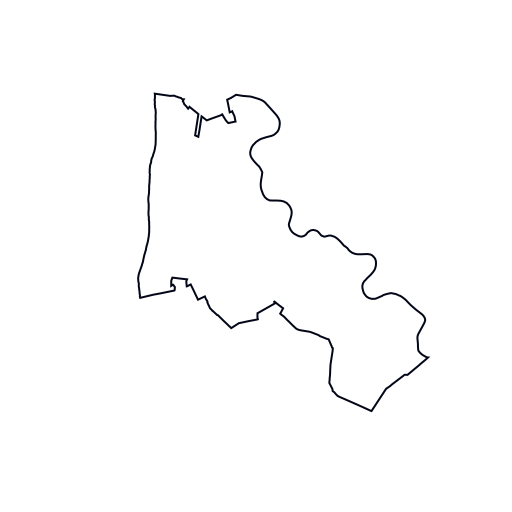 the district of Vārves pag., Ventspils, Latvia, rotated 333°
{"feature_id": "27541924B8081849043776", "entity_name": "Vārves pag.", "entity_type": "district", "adm_level": 2, "iso_a3": "LVA", "parent_name": "Latvia", "parent_adm1": "Ventspils", "projection": "albers", "projection_center": [21.519, 57.283], "detail": "fine", "context": "isolated", "style": "outline", "palette": "ink", "viewbox_px": 512, "rotation_deg": 333, "n_neighbors": 0, "source": "geoboundaries", "source_scale": "gbopen_adm2", "svg_char_len": 6119}
<svg xmlns="http://www.w3.org/2000/svg" viewBox="0 0 512 512"><g transform="rotate(333 256 256)"><path d="M363.2,424.5L362.4,424.0L361.6,423.0L360.2,420.9L359.4,419.6L358.3,416.9L358.0,415.6L357.8,415.0L357.8,414.1L357.9,413.3L359.2,410.2L360.2,408.2L361.4,405.3L362.5,402.5L363.0,401.7L363.4,401.0L363.9,400.4L364.8,399.5L365.6,398.9L372.8,394.0L375.5,392.1L377.0,390.7L377.6,390.0L378.0,389.0L378.2,388.0L378.2,387.0L378.1,385.9L377.9,384.9L377.6,383.8L377.1,382.6L374.1,376.3L373.2,374.1L371.7,370.3L370.7,367.2L369.7,363.8L369.1,362.1L368.2,360.3L367.6,359.0L366.4,357.0L365.5,356.1L363.8,353.9L363.2,353.3L359.7,350.5L358.6,350.1L356.0,349.4L352.4,348.7L351.2,348.7L349.9,348.8L343.9,348.4L342.7,348.2L339.8,346.8L339.0,346.1L337.7,344.9L337.1,344.1L336.6,343.2L336.1,342.3L335.8,341.4L335.6,340.2L335.3,338.0L335.5,336.2L336.0,334.1L336.2,333.2L336.5,332.4L337.2,330.9L338.4,329.4L339.1,328.8L340.7,327.8L341.7,327.4L342.7,327.1L345.0,326.2L350.0,324.7L353.3,323.3L355.3,322.2L356.0,321.6L357.0,320.7L358.5,318.9L359.7,316.9L360.6,314.6L360.8,313.1L360.9,312.4L360.7,311.2L360.3,309.7L360.0,308.7L359.6,307.9L358.8,306.8L357.9,306.0L356.2,304.9L354.8,304.2L350.5,302.2L347.7,300.8L346.3,299.9L345.3,299.1L343.3,297.0L342.7,295.9L342.1,294.8L341.7,293.8L341.4,292.9L341.0,290.6L340.7,289.8L339.9,288.1L339.4,287.3L339.0,286.5L338.1,282.7L337.5,280.6L336.4,277.6L335.7,276.2L334.7,274.5L334.4,274.2L332.0,271.8L331.1,271.3L330.2,270.9L326.3,270.0L325.6,269.7L325.0,269.2L323.6,267.5L323.4,267.0L323.2,266.3L322.7,264.0L322.3,262.6L321.9,261.8L321.4,261.1L321.0,260.6L320.2,259.8L318.7,258.7L317.1,258.2L316.5,258.1L315.0,258.1L313.1,258.4L312.2,258.7L310.0,259.7L309.3,259.8L308.0,259.9L307.1,259.8L305.7,259.5L304.4,258.8L304.0,258.5L303.0,257.5L302.1,256.4L300.2,253.6L299.3,251.6L299.1,251.0L298.8,248.9L298.7,248.0L298.9,245.2L299.4,243.2L300.1,242.1L303.2,238.9L305.7,236.2L306.3,235.4L307.3,233.9L307.8,232.9L308.3,231.5L308.6,229.2L308.6,228.0L308.5,226.3L307.5,222.8L305.5,220.0L303.1,218.0L299.5,215.9L296.1,214.2L293.3,212.6L291.5,210.1L290.6,207.6L290.3,204.4L290.9,199.4L291.6,196.7L292.7,194.3L294.2,191.8L297.9,186.8L299.6,184.3L299.7,181.8L299.6,179.4L299.4,177.6L298.5,175.1L297.6,171.9L297.1,169.8L296.7,167.3L296.6,165.4L296.7,164.4L297.1,162.7L297.8,161.2L298.4,160.3L299.0,159.6L301.0,157.6L302.1,156.8L303.6,155.9L306.5,154.9L307.9,154.4L312.1,153.9L314.1,154.0L319.0,154.8L324.3,156.0L326.7,156.2L328.9,155.8L331.5,155.0L332.7,154.3L333.8,153.4L335.3,151.8L337.2,149.0L338.1,147.0L338.4,145.7L338.6,144.2L338.5,141.9L338.2,140.1L337.9,138.7L336.1,131.8L334.1,124.5L333.6,122.8L332.6,120.9L331.2,118.9L329.0,116.6L326.1,113.8L323.6,111.5L316.7,107.2L311.4,103.3L306.7,103.7L305.9,103.7L305.8,103.8L302.5,103.7L301.3,103.6L300.1,108.0L297.8,116.1L299.5,116.3L300.5,116.2L300.4,118.0L300.3,121.6L298.8,126.9L291.7,125.0L291.1,123.2L290.7,121.2L290.5,119.2L290.2,114.4L289.5,114.4L289.0,114.7L279.0,113.4L273.7,112.8L270.9,106.9L263.2,117.6L258.7,123.6L256.5,120.9L269.1,103.4L268.5,102.0L264.5,93.0L264.1,93.4L263.7,93.3L262.4,93.9L261.8,90.8L261.0,88.3L261.2,86.0L261.1,84.8L262.8,83.6L261.5,82.9L260.9,81.2L258.6,79.1L258.5,78.8L257.2,77.6L255.9,76.0L252.1,74.3L239.5,65.4L239.0,66.8L237.8,69.1L236.7,70.7L236.4,71.1L236.2,71.7L236.0,72.6L234.5,75.1L234.4,75.9L234.2,76.3L233.7,77.0L233.3,78.4L233.2,79.2L232.8,80.2L232.8,80.5L232.2,81.7L232.0,82.3L231.1,84.0L230.4,84.9L230.3,85.3L229.9,86.1L229.2,87.4L228.8,88.4L228.4,89.2L227.8,90.0L227.4,90.8L226.9,91.6L226.6,92.4L225.6,94.2L224.5,96.4L223.3,99.1L223.0,100.1L222.8,100.5L221.6,102.7L221.3,103.3L220.5,104.8L220.1,105.7L218.6,108.4L217.3,110.8L216.8,111.6L216.0,112.5L215.6,113.1L214.8,114.3L212.7,116.8L210.5,118.9L209.6,120.0L208.3,121.1L207.4,121.7L207.1,122.1L206.1,123.2L205.3,124.5L204.9,125.1L204.3,125.7L203.6,126.2L202.2,128.0L201.6,129.0L200.5,130.7L200.1,131.7L199.3,132.9L198.9,133.8L198.6,134.9L198.3,135.6L197.8,136.3L197.4,136.8L197.2,137.5L196.2,139.1L194.4,142.3L193.5,143.6L192.3,145.6L191.9,146.4L191.8,146.7L191.2,147.9L190.6,148.8L189.6,150.7L189.0,151.7L188.1,153.0L187.0,154.5L186.0,156.1L184.6,159.1L184.3,160.3L183.9,161.1L182.5,163.9L182.1,164.6L181.3,166.2L180.5,167.4L179.4,169.5L178.6,171.2L178.3,172.4L177.7,173.7L177.2,174.5L176.8,175.7L176.3,177.0L175.8,178.1L175.2,179.2L174.0,181.8L173.1,183.4L171.7,186.2L170.1,188.6L169.4,189.8L169.0,190.3L168.2,191.3L167.6,192.2L165.8,194.5L165.3,195.0L164.2,196.3L163.1,197.3L162.9,197.7L161.8,199.0L160.4,200.9L159.7,201.5L158.2,203.2L157.2,204.1L156.5,205.0L154.8,207.0L152.8,209.6L151.8,210.7L150.8,211.6L150.0,212.6L149.2,213.3L146.3,216.1L145.0,217.3L143.9,218.4L142.3,220.2L142.2,220.5L141.3,221.7L140.6,222.9L139.9,224.6L139.6,225.3L139.3,226.6L139.0,227.6L138.2,228.9L137.5,230.6L137.2,231.8L136.7,232.8L136.5,233.5L136.3,234.3L135.4,236.3L134.6,238.7L134.1,239.4L133.9,240.2L133.8,240.7L146.7,243.8L154.5,246.1L167.6,249.7L168.0,249.5L169.6,246.9L169.3,244.8L169.0,243.9L166.9,244.1L169.3,239.5L171.7,237.3L177.6,241.3L184.0,245.5L182.8,246.5L182.2,247.3L180.5,251.6L180.9,251.7L184.9,251.7L184.8,257.6L184.5,268.6L192.1,268.8L191.8,272.2L192.1,273.0L192.0,274.8L191.6,275.2L191.4,278.3L191.5,278.4L191.3,281.6L192.0,283.7L192.3,285.1L192.5,285.2L194.6,291.0L195.2,291.4L197.7,299.0L198.7,301.8L201.2,309.0L210.2,308.1L219.2,310.5L228.2,313.1L228.9,313.2L229.1,312.5L229.3,311.7L229.5,311.2L231.3,307.7L244.9,307.1L251.3,306.8L251.4,304.3L254.1,310.2L256.4,314.9L252.3,317.8L251.4,318.3L251.5,318.9L253.4,322.7L255.0,328.0L255.2,328.3L256.9,333.6L258.8,338.9L259.9,340.5L261.3,341.9L268.5,347.2L269.9,348.3L271.1,349.6L275.4,354.4L276.2,355.5L276.5,356.3L279.6,359.8L280.2,360.5L281.4,361.9L282.9,363.2L282.4,371.1L282.2,372.0L282.6,373.0L281.2,375.3L273.0,386.7L269.5,392.8L268.5,394.7L265.7,399.1L265.6,399.4L265.4,399.7L263.7,402.4L263.7,409.1L263.0,411.2L263.9,412.9L264.5,415.5L265.3,418.0L265.8,418.4L265.9,418.7L266.1,419.0L279.1,434.9L288.3,446.4L288.5,446.6L311.6,433.4L316.2,432.8L316.4,432.8L318.6,432.2L334.5,429.3L337.1,430.7L345.7,428.7L351.6,427.4L353.3,426.9L359.1,425.6L363.2,424.5Z" fill="none" stroke="#020617" stroke-width="2"/></g></svg>